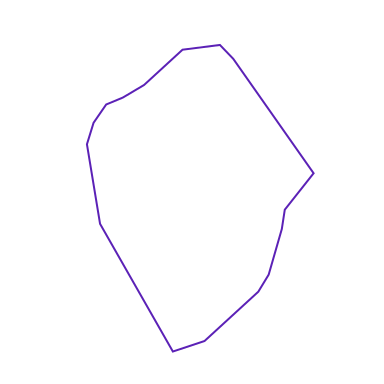 an SVG outline of Grad, rotated 140°
{"feature_id": "SVN-202", "entity_name": "Grad", "entity_type": "Municipality", "adm_level": 1, "iso_a3": "SVN", "parent_name": "Slovenia", "parent_adm1": "", "projection": "robinson", "projection_center": [16.093, 46.798], "detail": "fine", "context": "isolated", "style": "outline", "palette": "violet", "viewbox_px": 384, "rotation_deg": 140, "n_neighbors": 0, "source": "natural_earth", "source_scale": "10m", "svg_char_len": 362}
<svg xmlns="http://www.w3.org/2000/svg" viewBox="0 0 384 384"><g transform="rotate(140 192 192)"><path d="M309.2,82.1L282.9,226.7L241.8,296.1L222.9,308.3L201.5,314.2L184.3,308.8L159.9,304.8L107.8,307.1L76.1,286.7L74.8,267.5L86.8,128.2L132.3,118.8L147.0,105.9L186.4,79.4L205.3,73.0L278.2,69.8L309.2,82.1Z" fill="none" stroke="#5b21b6" stroke-width="2"/></g></svg>